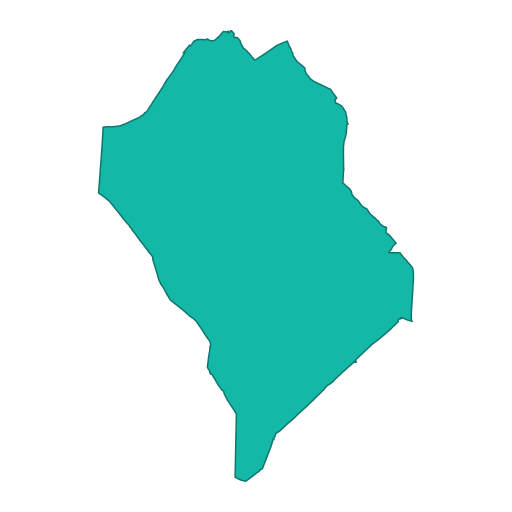 Carlogani, Olt, Romania (orthographic projection)
{"feature_id": "2599482B86259976977107", "entity_name": "Carlogani", "entity_type": "district", "adm_level": 2, "iso_a3": "ROU", "parent_name": "Romania", "parent_adm1": "Olt", "projection": "orthographic", "projection_center": [24.165, 44.511], "detail": "fine", "context": "isolated", "style": "filled", "palette": "teal", "viewbox_px": 512, "rotation_deg": 0, "n_neighbors": 0, "source": "geoboundaries", "source_scale": "gbopen_adm2", "svg_char_len": 5938}
<svg xmlns="http://www.w3.org/2000/svg" viewBox="0 0 512 512"><path d="M403.2,257.1L400.0,252.8L389.1,252.7L388.7,252.2L389.7,251.3L391.7,248.7L392.1,247.6L393.1,246.0L395.3,243.8L396.1,243.2L390.5,236.5L389.5,235.3L388.9,234.7L387.6,233.9L385.8,232.6L386.5,227.7L385.9,227.2L385.2,226.9L384.5,226.8L383.2,226.3L382.3,225.7L380.2,223.9L379.6,223.4L379.3,222.8L378.9,221.6L378.5,221.1L378.0,220.7L377.0,220.3L375.8,218.8L374.8,217.8L373.0,216.5L372.3,215.7L370.3,214.1L369.5,213.1L368.0,210.6L366.9,209.1L366.4,208.6L365.9,208.4L365.0,208.1L362.3,206.2L361.6,205.6L360.7,204.4L358.9,201.6L357.9,200.4L355.5,198.6L353.5,196.6L353.2,196.1L352.4,194.9L352.0,194.7L351.8,194.0L351.7,192.8L351.2,191.2L350.6,190.2L350.0,189.4L348.9,188.2L347.6,187.1L346.5,186.4L344.6,184.4L343.8,183.7L342.9,183.2L342.9,182.2L343.0,180.8L343.1,178.2L343.3,174.7L343.3,173.7L343.7,170.3L343.7,168.5L343.6,166.3L343.4,153.0L343.5,146.7L343.6,145.1L343.7,144.9L343.8,144.6L343.9,142.0L345.3,137.6L345.6,136.0L346.3,133.5L346.4,131.5L346.7,128.2L346.8,125.9L346.8,125.2L347.1,124.0L348.0,124.0L347.8,123.7L347.4,122.7L347.0,121.2L346.9,120.5L347.0,119.6L346.8,117.5L346.5,116.1L346.2,115.4L345.9,114.3L345.9,113.1L345.5,111.7L344.9,111.0L342.8,107.5L342.1,106.5L340.3,105.1L337.4,103.6L335.9,103.3L335.7,102.3L335.4,101.7L335.3,100.9L334.7,99.5L336.3,98.7L336.7,98.2L336.6,97.8L333.4,93.5L332.8,92.8L330.6,89.4L329.9,89.0L327.9,88.2L325.7,87.1L321.1,84.8L316.5,82.7L314.1,81.5L311.6,79.8L310.0,78.4L308.9,76.9L308.4,76.1L308.0,75.6L307.7,75.2L306.8,74.6L306.5,74.2L305.2,71.0L304.8,68.6L304.6,67.8L304.2,67.4L301.3,65.0L297.3,61.8L293.7,56.6L292.9,55.1L292.9,54.8L292.8,53.7L292.7,53.1L291.6,51.5L291.3,50.8L290.9,49.0L290.7,48.5L290.3,47.8L289.7,46.9L289.0,45.7L287.5,41.6L287.3,41.4L287.1,41.1L278.9,44.5L276.4,45.7L272.8,48.3L267.9,51.7L260.0,57.0L259.4,57.2L258.7,57.6L257.8,58.5L255.1,59.9L254.7,60.0L254.4,59.8L253.9,59.4L253.6,59.0L253.3,58.2L253.1,57.9L251.8,57.0L251.5,56.5L251.1,55.8L250.3,54.9L249.9,54.2L249.4,53.6L248.4,52.8L248.0,52.4L246.9,51.0L246.0,50.2L245.0,49.4L244.5,48.8L243.7,48.4L243.4,48.1L243.1,47.7L242.6,46.5L241.9,45.5L241.4,44.4L241.0,43.7L240.7,43.1L240.5,41.8L240.1,40.9L239.7,40.2L238.2,38.5L237.1,37.6L236.6,37.5L236.0,37.5L234.5,37.5L234.3,37.3L234.1,37.0L233.6,36.2L233.6,35.7L234.1,34.7L234.1,34.0L234.1,33.7L233.5,33.0L232.9,32.4L232.3,31.6L231.9,31.1L231.4,30.7L231.0,30.7L230.7,31.0L230.2,31.8L229.8,32.2L228.7,33.0L228.7,30.8L228.6,31.0L228.3,31.3L226.5,32.0L224.0,31.5L223.7,31.5L223.4,31.6L222.2,32.6L220.8,34.4L220.2,35.3L219.7,35.9L218.7,36.7L214.7,40.3L214.2,40.5L213.0,40.7L211.6,40.7L211.1,40.8L209.6,40.3L208.6,39.8L207.7,39.1L207.3,38.9L206.3,39.6L205.7,39.7L205.1,39.6L204.7,39.8L203.2,39.6L199.4,39.5L197.0,39.7L196.2,40.0L195.6,40.6L193.7,41.3L193.6,41.7L190.7,45.8L190.4,45.8L189.5,45.2L183.4,52.7L184.6,52.8L184.6,53.1L184.1,53.9L182.1,57.1L180.0,60.3L178.2,63.0L176.4,65.7L173.4,71.0L172.5,72.0L172.1,72.8L169.3,76.7L166.4,80.5L162.5,87.4L161.7,88.5L159.1,92.6L155.7,97.6L154.3,100.0L152.5,102.4L151.9,103.7L149.1,107.9L146.9,111.5L146.5,111.9L145.2,112.5L144.5,113.0L144.1,113.5L143.9,114.3L143.1,114.9L142.8,115.3L142.6,115.4L141.9,115.4L140.7,116.3L139.9,117.0L139.2,117.5L135.4,119.1L123.9,124.5L123.3,124.4L121.9,125.2L120.6,125.7L118.5,126.1L114.3,126.6L110.4,126.9L108.1,126.7L103.2,127.2L102.2,144.1L99.4,182.1L98.7,191.7L98.5,192.1L98.9,193.2L103.6,196.6L104.6,197.2L107.7,199.9L108.4,200.4L109.9,201.8L110.8,202.9L112.3,204.8L113.1,205.8L113.8,206.6L114.6,207.7L117.4,211.1L122.0,217.0L123.1,218.5L125.1,220.9L125.7,221.4L126.4,222.4L127.5,223.7L129.0,225.0L129.3,225.5L129.5,226.3L129.8,226.9L130.6,227.7L131.5,228.7L132.2,230.0L133.8,232.1L135.5,234.1L137.0,236.4L140.5,241.1L141.6,242.3L143.7,245.1L146.6,249.1L147.3,249.4L147.4,249.6L147.6,250.4L148.5,251.7L151.4,255.0L151.9,256.0L152.6,256.5L152.8,256.8L152.9,257.3L152.7,258.2L152.8,259.2L152.9,259.9L154.7,265.6L157.0,273.2L158.9,280.1L159.8,281.6L160.3,283.2L160.5,283.6L160.8,284.1L162.2,285.9L164.3,289.3L165.1,291.1L167.6,295.2L167.4,295.2L170.3,299.9L170.6,300.2L173.7,302.7L180.5,308.0L184.2,311.1L190.1,316.4L191.8,317.5L192.4,317.8L195.2,320.2L196.6,321.8L198.3,324.2L199.8,326.5L200.7,327.7L204.0,332.9L205.1,334.6L207.3,337.9L208.8,339.8L209.3,340.6L209.8,341.4L210.3,342.9L210.6,344.1L210.3,346.0L209.9,347.0L210.0,348.5L209.8,350.1L208.7,356.2L208.3,359.6L207.9,363.1L207.4,367.1L207.5,367.6L208.3,368.9L209.9,371.4L209.6,372.2L210.5,373.9L211.1,374.4L211.9,374.4L212.5,375.0L213.3,376.8L215.5,380.1L215.6,380.5L216.8,382.6L217.5,383.5L217.9,384.5L219.0,386.1L219.9,387.1L220.6,388.2L222.0,390.1L222.4,390.5L223.4,390.8L223.7,391.0L223.7,391.6L223.9,392.7L224.2,393.8L224.5,394.5L225.3,395.9L227.4,400.1L229.6,403.3L230.3,404.6L230.8,405.2L233.7,409.5L234.3,410.4L235.0,411.9L236.4,413.8L235.1,477.1L236.8,478.1L240.3,479.9L245.8,481.3L253.6,475.4L257.1,472.6L258.8,471.6L259.6,470.8L260.0,469.8L260.7,469.7L262.4,468.7L270.9,446.7L273.3,439.0L273.8,439.2L273.7,438.8L273.8,438.4L275.1,436.0L275.4,434.9L275.6,433.9L277.6,432.1L278.0,432.1L278.4,432.0L279.1,431.5L279.8,430.9L280.0,430.8L280.1,430.7L280.4,430.4L287.7,423.5L292.8,419.3L300.7,411.6L305.0,407.9L306.1,406.8L306.6,406.5L308.9,404.1L313.2,400.1L315.7,397.5L320.7,392.7L324.4,388.9L326.8,385.9L330.1,383.9L333.3,381.3L335.1,379.2L338.6,375.9L343.0,371.8L346.1,369.1L348.2,367.1L350.4,365.3L353.2,362.8L353.8,362.2L356.0,362.3L356.1,361.4L354.8,361.2L355.8,359.6L373.0,343.5L376.0,341.4L379.9,338.3L385.9,333.3L392.1,327.7L393.0,326.6L394.7,325.2L398.3,321.5L398.1,320.8L398.3,319.6L398.4,319.4L402.0,318.3L401.5,317.8L402.5,317.9L404.9,318.9L407.8,320.1L409.6,320.7L412.0,321.2L411.5,320.0L411.4,319.3L411.3,317.8L411.3,314.7L411.5,310.1L411.5,309.5L412.5,294.7L413.0,285.7L413.3,282.1L413.5,277.4L413.4,276.6L413.4,274.3L413.3,271.7L413.0,269.7L412.5,267.9L411.4,266.3L408.0,262.4L406.3,260.2L403.2,257.1Z" fill="#14b8a6" stroke="#0f766e" stroke-width="1.5"/></svg>